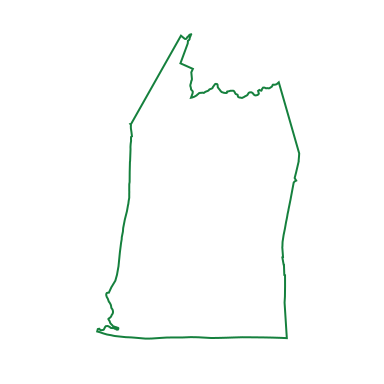 the district of Santo Domingo Armenta, Oaxaca, Mexico, rotated 353°
{"feature_id": "50627088B1685589835575", "entity_name": "Santo Domingo Armenta", "entity_type": "district", "adm_level": 2, "iso_a3": "MEX", "parent_name": "Mexico", "parent_adm1": "Oaxaca", "projection": "orthographic", "projection_center": [-98.373, 16.341], "detail": "fine", "context": "isolated", "style": "outline", "palette": "green", "viewbox_px": 384, "rotation_deg": 353, "n_neighbors": 0, "source": "geoboundaries", "source_scale": "gbopen_adm2", "svg_char_len": 4088}
<svg xmlns="http://www.w3.org/2000/svg" viewBox="0 0 384 384"><g transform="rotate(353 192 192)"><path d="M139.1,117.1L139.5,118.0L139.5,118.5L139.3,119.4L139.2,120.3L139.1,121.5L139.2,125.0L139.2,129.0L139.2,129.4L138.3,129.9L138.2,130.0L138.0,131.4L137.9,132.2L137.8,132.9L137.8,133.2L137.8,133.7L137.0,136.7L136.4,139.8L136.3,140.9L136.2,142.0L134.3,153.9L134.1,154.4L132.6,164.6L131.3,174.5L130.7,176.5L129.8,183.6L129.8,184.1L129.5,186.0L129.0,190.1L128.1,193.0L127.3,196.2L126.9,197.2L125.1,203.1L122.0,211.1L119.3,219.4L118.6,222.9L117.5,226.2L116.8,228.3L116.4,230.6L115.5,233.5L113.1,243.0L109.9,257.2L109.8,257.4L107.5,264.9L105.1,270.7L100.7,276.3L100.5,276.5L97.2,281.8L96.3,281.7L95.1,281.9L94.8,282.3L94.5,282.8L94.3,283.8L94.5,285.2L94.6,285.8L95.4,287.6L95.7,288.9L96.1,290.8L96.6,291.4L96.8,291.9L97.2,292.9L97.6,293.9L97.8,295.4L97.8,296.7L97.9,297.4L98.6,298.6L98.9,299.4L99.0,300.6L99.0,301.5L98.6,302.7L98.0,303.6L97.4,304.2L97.0,304.9L96.5,305.7L95.8,306.4L94.7,307.1L94.0,307.4L93.5,307.9L93.9,309.0L94.4,309.9L94.6,310.6L94.7,311.1L94.8,311.8L95.1,312.5L95.4,312.9L95.9,313.7L96.5,314.3L96.9,315.0L97.3,315.6L97.8,316.0L98.4,316.1L99.2,316.6L99.8,316.8L100.3,317.0L100.9,317.3L101.4,317.6L102.0,317.8L102.3,318.2L102.1,319.0L101.7,319.5L100.8,319.5L100.3,319.3L100.1,319.1L99.6,318.5L98.7,318.3L98.0,317.7L97.4,317.5L96.2,317.3L95.5,317.2L94.9,317.0L94.2,316.4L93.9,315.9L93.0,315.4L92.7,315.1L91.8,314.7L90.8,314.7L90.1,314.7L89.4,315.3L88.5,316.6L87.9,317.5L87.4,318.0L86.4,318.1L85.7,318.1L84.2,317.9L83.9,317.4L83.6,316.9L83.2,316.4L81.8,316.6L80.9,318.9L83.4,319.9L86.4,321.4L90.3,323.1L94.3,324.3L96.5,325.1L98.1,325.6L108.5,328.0L113.9,328.9L118.3,329.8L128.2,331.9L133.8,332.5L143.0,333.0L149.5,333.4L156.5,334.2L164.6,335.2L173.1,335.9L180.2,336.9L193.5,339.3L201.9,340.2L209.2,340.9L215.9,341.5L224.4,342.3L235.1,343.7L245.6,345.1L254.0,346.3L262.4,347.6L268.3,348.6L270.4,313.1L271.5,307.1L272.9,296.7L274.2,285.9L273.5,285.6L274.4,275.4L274.1,275.3L273.7,267.9L274.4,267.8L274.9,257.7L275.1,257.1L275.8,252.6L277.7,245.8L279.6,240.2L280.8,236.3L281.7,233.3L282.7,230.4L283.5,227.9L284.2,225.5L285.1,222.9L285.5,221.8L285.5,221.6L289.0,211.1L289.3,210.1L294.1,195.0L295.2,194.0L296.8,193.4L296.7,193.2L295.6,190.6L296.0,189.6L297.7,185.3L301.7,174.4L301.6,174.2L302.6,169.5L303.1,166.8L295.2,116.9L291.5,93.7L289.2,95.3L288.3,95.5L287.2,95.6L286.2,95.5L285.6,95.3L285.1,95.6L284.6,96.5L284.0,97.2L283.0,97.7L282.0,98.2L281.0,98.5L279.4,98.1L278.1,98.1L277.0,97.4L276.2,97.1L275.2,97.1L274.7,97.7L274.0,98.4L273.4,99.7L273.1,99.9L271.9,99.3L271.3,98.9L269.9,99.7L270.1,100.7L270.3,102.6L269.6,103.3L268.8,103.7L268.0,103.8L267.0,103.9L266.1,103.6L265.3,102.9L265.0,102.6L264.9,102.1L264.4,101.4L263.7,100.7L262.8,100.2L261.7,100.2L261.1,100.2L260.3,100.6L258.8,102.5L257.8,103.0L257.2,103.2L256.5,103.4L255.8,103.8L254.8,104.2L253.8,104.5L253.3,104.7L252.5,104.6L251.6,104.2L250.6,104.0L249.7,103.5L249.3,103.0L249.2,102.6L249.2,101.5L249.0,101.0L247.3,100.0L246.9,99.2L246.5,98.0L245.8,96.8L245.5,96.6L244.6,96.4L243.1,96.3L242.7,96.2L240.8,96.5L240.0,96.6L239.4,96.5L239.1,96.6L238.9,97.4L238.6,97.8L238.0,97.9L236.9,97.7L235.7,97.4L234.7,96.9L233.6,96.4L232.9,95.5L232.3,94.6L232.1,94.1L231.6,93.3L231.2,92.7L230.9,92.1L230.4,91.4L230.4,90.5L230.4,89.6L230.4,88.5L230.1,88.0L229.0,87.6L228.3,87.6L227.2,88.6L226.2,89.7L225.6,90.3L225.1,91.2L224.3,91.7L223.1,92.0L221.8,92.3L220.7,93.3L219.6,93.7L218.5,93.9L217.3,94.3L215.8,95.1L214.6,94.7L213.4,94.7L211.8,94.6L210.9,94.8L210.1,95.5L209.1,96.0L208.5,96.6L206.9,97.3L205.6,97.8L204.6,98.0L203.7,98.2L202.5,98.3L204.6,94.2L205.0,92.6L204.7,91.7L204.0,90.8L203.6,90.1L203.6,89.1L203.5,87.7L203.3,87.0L203.3,86.1L203.6,85.0L204.1,84.0L204.5,82.8L204.9,81.6L205.2,81.4L205.7,79.9L205.9,73.1L207.9,69.9L196.2,62.9L205.9,44.0L206.4,41.4L207.3,41.0L208.2,40.0L208.5,38.8L210.0,36.1L209.7,36.1L209.9,35.4L209.2,35.5L208.3,36.0L207.8,36.5L207.1,37.2L206.2,37.7L205.5,38.7L205.0,39.2L204.2,39.3L203.5,39.1L200.1,35.5L178.5,64.7L139.8,117.1L139.1,117.1Z" fill="none" stroke="#15803d" stroke-width="2"/></g></svg>